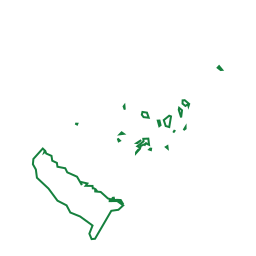 Midi, Hajjah, Yemen, rotated 132°
{"feature_id": "15242507B83103205988735", "entity_name": "Midi", "entity_type": "district", "adm_level": 2, "iso_a3": "YEM", "parent_name": "Yemen", "parent_adm1": "Hajjah", "projection": "albers", "projection_center": [42.574, 16.143], "detail": "medium", "context": "isolated", "style": "outline", "palette": "green", "viewbox_px": 256, "rotation_deg": 132, "n_neighbors": 0, "source": "geoboundaries", "source_scale": "gbopen_adm2", "svg_char_len": 1900}
<svg xmlns="http://www.w3.org/2000/svg" viewBox="0 0 256 256"><g transform="rotate(132 128 128)"><path d="M232.4,78.4L200.7,85.0L195.2,80.4L188.7,79.8L189.5,87.1L194.6,92.7L193.2,93.8L191.6,90.0L191.6,91.2L190.1,90.8L188.8,92.7L190.5,90.9L191.4,92.2L189.5,92.7L192.1,92.3L193.8,95.8L193.8,105.5L197.1,109.9L195.7,111.2L195.4,110.8L195.5,110.1L195.4,110.0L195.2,111.1L195.7,113.1L196.4,113.8L194.8,115.6L199.3,120.8L196.4,121.1L199.8,127.2L201.3,124.1L198.3,133.3L201.6,143.5L199.9,147.7L204.0,154.5L201.5,157.5L203.0,162.4L199.9,166.2L201.7,171.7L200.7,173.6L202.3,173.9L200.4,174.7L200.3,177.6L214.3,177.6L218.6,174.4L220.5,168.7L225.9,162.4L226.2,146.6L229.2,131.8L226.6,121.9L229.4,114.3L225.8,104.4L224.2,89.1L232.4,86.0L234.9,80.7L232.4,78.4ZM99.7,98.0L90.6,103.8L91.3,105.6L98.2,106.7L101.3,101.3L99.7,98.0ZM127.5,104.5L126.4,101.1L122.3,105.8L125.8,109.4L127.5,107.5L135.3,108.8L134.5,105.9L136.0,105.3L137.1,105.8L137.7,105.9L140.7,105.7L141.3,105.2L135.5,105.2L132.7,106.5L128.3,104.5L130.3,104.0L127.5,104.5ZM106.4,128.0L108.9,126.6L109.5,123.7L106.5,119.5L103.9,124.2L106.4,128.0ZM71.3,97.7L69.2,98.6L69.4,104.5L70.9,105.9L73.4,103.8L73.2,100.1L70.2,99.3L71.3,97.7ZM104.1,105.7L101.4,109.6L102.6,110.8L105.7,106.0L104.1,105.7ZM84.6,95.6L78.7,99.7L78.8,103.5L80.5,102.5L84.6,95.6ZM23.2,101.7L22.9,97.9L21.8,96.9L21.1,101.7L23.2,101.7ZM135.5,129.8L138.2,129.9L135.2,127.3L135.5,129.8ZM142.7,128.6L144.1,126.0L142.8,125.5L142.7,128.6ZM187.9,80.4L186.4,85.2L188.8,88.2L190.5,89.7L187.7,86.0L187.9,80.4ZM133.0,110.9L128.2,110.1L133.4,111.5L133.0,110.9ZM114.9,145.7L116.5,142.7L113.6,145.8L114.9,145.7ZM92.3,85.3L89.9,84.8L88.6,86.0L92.3,85.3ZM116.8,87.1L116.7,84.8L115.1,86.6L116.8,87.1ZM160.0,170.1L159.5,168.2L158.7,168.5L160.0,170.1ZM129.8,97.8L129.1,96.2L127.9,97.0L128.4,97.7L129.8,97.8ZM101.1,91.3L98.8,91.5L98.3,91.9L101.1,91.3Z" fill="none" stroke="#15803d" stroke-width="2"/></g></svg>